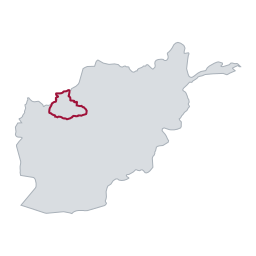 Afghanistan, with Badghis highlighted
{"feature_id": "AFG-1741", "entity_name": "Badghis", "entity_type": "Province", "adm_level": 1, "iso_a3": "AFG", "parent_name": "Afghanistan", "parent_adm1": "", "projection": "mercator", "projection_center": [63.837, 35.271], "detail": "fine", "context": "in_parent", "style": "outline", "palette": "rose", "viewbox_px": 256, "rotation_deg": 0, "n_neighbors": 0, "source": "natural_earth", "source_scale": "10m", "svg_char_len": 5872}
<svg xmlns="http://www.w3.org/2000/svg" viewBox="0 0 256 256"><path d="M109.0,64.4L114.5,63.9L118.3,64.6L120.3,66.6L122.2,67.1L124.1,66.2L125.3,66.0L125.8,66.6L126.7,66.8L128.2,66.8L129.0,67.3L129.2,68.5L130.3,70.0L132.2,71.8L133.9,72.2L136.2,70.8L137.0,71.0L137.3,70.5L137.6,69.5L138.9,68.5L141.4,67.6L142.8,66.8L143.3,66.1L144.2,66.0L145.1,66.2L145.8,65.9L146.2,65.0L147.1,64.7L147.9,64.8L151.3,68.1L152.7,69.1L153.3,68.9L155.0,67.1L155.2,65.5L154.8,63.4L155.1,61.6L156.2,60.3L158.3,59.5L161.3,59.2L163.2,59.4L163.9,60.1L164.8,60.5L166.0,60.5L167.1,59.8L168.1,58.1L168.1,56.1L167.3,53.8L167.5,53.0L169.0,51.8L170.7,50.0L172.3,47.7L173.8,44.8L175.7,43.1L177.9,42.4L180.6,43.2L183.8,45.4L185.0,48.1L184.2,51.3L184.1,53.1L184.8,53.4L188.4,52.8L188.9,53.3L188.9,54.2L188.3,55.5L187.7,59.4L186.6,68.7L188.1,74.2L189.1,76.4L190.2,77.1L191.3,77.4L192.3,77.2L194.5,75.8L197.8,73.2L201.0,71.5L205.7,70.6L207.3,67.8L209.4,66.0L214.4,63.2L217.1,62.1L218.6,61.9L222.3,63.0L222.5,63.8L222.3,64.7L221.2,65.5L220.9,66.1L221.3,66.5L222.8,66.7L229.3,64.7L230.8,63.1L232.2,63.0L234.9,63.7L237.0,63.5L238.1,64.2L240.6,66.7L239.8,66.8L238.7,66.3L238.1,65.5L235.4,66.6L232.5,68.1L232.6,68.5L235.2,70.8L229.7,73.2L227.3,74.6L226.7,74.7L223.1,73.4L212.9,73.8L205.2,74.5L202.2,75.8L199.3,76.4L197.9,77.1L196.9,78.4L192.6,81.2L191.9,82.3L189.5,82.2L187.0,85.0L183.4,88.3L182.7,89.9L183.2,90.7L185.1,91.9L186.0,93.0L187.3,96.2L187.9,98.4L188.7,99.4L189.2,102.1L188.3,103.6L188.3,104.4L189.5,106.4L189.2,107.0L188.3,107.9L186.9,110.5L184.4,112.4L183.3,114.1L181.6,115.9L180.8,117.5L180.0,118.4L179.2,118.8L179.5,119.7L180.1,120.7L181.3,121.9L181.2,126.6L180.6,127.9L177.4,129.2L174.4,129.8L170.6,129.8L169.2,129.6L164.1,127.9L162.4,128.7L162.1,130.8L165.0,134.1L166.2,136.0L167.6,139.1L168.6,140.7L168.2,142.2L162.9,145.5L159.5,145.8L157.4,146.4L156.4,147.2L155.6,150.7L154.8,152.0L154.8,153.5L154.1,155.2L153.0,156.3L152.3,158.1L152.9,167.3L149.8,171.0L148.1,172.3L146.5,172.9L145.1,172.7L143.4,170.6L142.2,169.8L141.0,169.9L139.8,170.7L137.9,170.4L136.2,169.7L135.4,169.8L134.9,170.5L133.1,172.1L128.8,174.5L127.0,174.6L126.3,175.2L126.6,176.2L127.4,177.0L128.7,177.6L128.8,178.2L126.6,179.4L124.3,180.2L121.7,180.5L119.0,180.1L117.7,179.0L116.0,178.9L114.6,179.7L113.0,180.9L110.9,184.1L107.8,186.1L107.0,188.1L106.1,191.6L106.4,196.8L106.0,199.1L105.3,200.7L105.5,201.9L106.5,203.2L106.1,204.1L105.2,205.1L104.4,205.6L87.4,210.6L84.7,210.7L83.3,210.5L78.5,210.5L76.5,210.8L74.5,211.5L73.0,212.4L71.9,213.6L69.9,212.9L63.6,211.7L46.5,213.3L44.9,213.0L21.0,205.2L35.7,187.6L36.1,186.1L36.1,183.2L35.2,179.3L33.7,177.5L20.6,175.4L20.1,172.4L20.3,171.0L20.1,168.4L20.1,166.4L20.7,163.0L20.7,161.5L16.6,146.5L16.5,145.0L19.0,141.6L22.1,138.2L21.9,137.5L20.4,137.2L18.0,137.1L16.7,136.6L15.8,135.6L15.4,134.3L16.0,131.8L15.4,127.1L17.8,123.0L21.7,122.8L19.7,119.9L19.3,119.5L19.1,119.0L19.3,118.5L20.3,118.4L22.6,116.5L22.7,115.4L24.7,112.6L24.5,111.4L25.7,108.1L25.1,105.9L25.0,104.7L26.4,103.9L27.2,100.8L27.8,100.0L27.8,99.3L27.5,98.0L28.8,97.8L30.0,99.4L31.9,101.1L33.1,101.6L34.7,101.8L38.1,101.3L38.8,101.4L42.4,104.3L43.0,105.1L43.3,106.3L43.9,106.6L45.1,105.5L46.3,105.1L48.6,105.4L49.8,105.0L55.6,101.3L56.0,99.0L56.5,97.7L57.3,96.9L56.4,94.2L56.7,93.6L57.5,93.4L59.4,93.4L68.2,90.4L70.5,90.4L71.0,90.2L71.1,89.4L71.8,88.5L75.9,86.3L78.3,84.1L79.2,82.4L83.1,68.6L85.2,67.4L87.4,66.5L94.6,66.3L96.0,62.0L96.6,61.0L97.9,60.0L103.3,63.1L109.0,64.4Z" fill="#d9dde1" stroke="#a8b0b8" stroke-width="1"/><path d="M60.0,93.4L61.4,93.2L62.7,92.6L62.9,92.4L63.3,91.8L63.5,91.6L63.8,91.5L64.1,91.4L66.0,91.3L66.7,91.1L68.1,90.2L68.6,90.1L68.9,90.1L69.3,90.3L69.5,90.9L69.5,91.8L69.4,92.5L69.2,93.8L69.0,94.2L69.0,94.5L69.0,94.9L69.0,95.0L68.8,95.4L68.6,95.8L68.6,96.1L68.7,96.3L68.8,96.3L69.0,96.3L69.3,96.5L69.5,96.6L69.7,96.9L69.9,97.1L70.1,97.5L70.3,97.9L70.3,98.2L70.4,99.5L70.4,99.9L70.3,100.1L70.4,100.3L70.5,100.4L70.6,100.5L73.2,100.7L74.2,100.9L74.3,101.0L74.4,101.3L74.4,101.5L74.2,101.9L74.8,102.2L75.0,102.3L75.4,102.2L75.6,102.2L76.1,102.0L76.8,101.9L76.9,102.0L77.0,102.2L77.0,102.4L76.9,102.9L76.8,103.4L76.7,103.6L76.8,103.9L76.7,104.6L76.7,105.0L76.7,105.3L76.8,105.3L78.3,105.8L79.9,106.1L80.2,106.1L80.7,106.0L81.2,106.0L81.6,105.9L82.0,106.5L82.3,106.7L82.9,107.1L83.0,107.2L83.5,107.1L83.9,107.3L84.0,107.5L84.3,107.7L84.7,108.3L84.8,108.4L85.7,109.1L85.9,109.4L86.1,109.6L86.1,109.8L86.2,110.0L86.3,110.2L86.5,110.6L86.7,110.8L86.7,111.0L86.5,111.9L86.5,112.1L86.5,112.6L86.4,113.2L86.3,113.5L86.2,113.8L86.1,114.0L85.9,114.1L85.4,114.3L82.6,115.1L81.6,115.6L81.4,115.7L81.2,115.7L80.9,115.6L80.5,115.5L78.6,115.4L78.3,115.5L78.1,115.6L77.9,115.7L77.9,115.9L77.8,116.1L76.0,116.3L75.9,116.2L75.5,116.1L75.3,116.0L75.2,116.0L73.6,115.9L73.5,116.0L73.3,116.0L73.1,116.2L72.7,116.4L72.5,116.6L72.4,116.7L72.3,117.1L72.2,117.2L72.1,117.3L71.7,117.3L70.5,118.2L67.3,119.2L67.0,119.2L66.8,119.2L66.6,119.0L66.5,118.9L66.0,118.7L64.8,118.3L64.6,118.4L64.4,118.5L64.2,118.5L63.3,118.3L63.0,118.2L62.4,117.9L62.2,117.8L62.0,117.5L61.5,117.2L60.3,116.8L59.0,116.7L58.5,116.6L58.3,116.7L58.2,116.8L57.6,117.2L57.4,117.3L56.4,116.8L55.9,116.7L55.5,116.6L55.2,116.6L55.2,116.0L55.1,115.8L55.0,115.6L54.9,115.5L54.7,115.2L54.2,115.1L53.6,115.1L53.3,115.0L53.1,114.9L52.9,114.7L52.7,114.5L52.6,114.4L52.1,114.3L51.9,114.2L51.4,113.8L50.9,113.3L50.8,113.2L50.7,113.2L50.4,113.2L49.5,112.9L49.4,112.8L49.4,112.7L49.3,112.3L49.2,112.1L49.2,111.9L49.4,109.8L49.5,109.1L49.8,108.1L50.0,107.7L51.3,105.5L51.9,103.8L51.9,103.6L52.0,103.6L53.4,102.4L54.4,101.9L54.8,101.9L55.4,101.8L55.7,101.7L55.9,101.5L56.0,101.2L56.1,100.4L56.3,99.8L56.2,99.6L55.9,99.4L55.9,99.2L55.9,98.2L55.9,97.9L56.3,97.5L57.5,97.1L57.9,96.8L58.0,96.6L58.0,96.4L57.6,96.2L57.2,95.8L56.4,95.1L56.3,94.9L56.3,94.5L56.1,94.3L56.0,94.0L56.1,93.7L56.3,93.4L56.6,93.4L60.0,93.4Z" fill="none" stroke="#9f1239" stroke-width="2"/></svg>